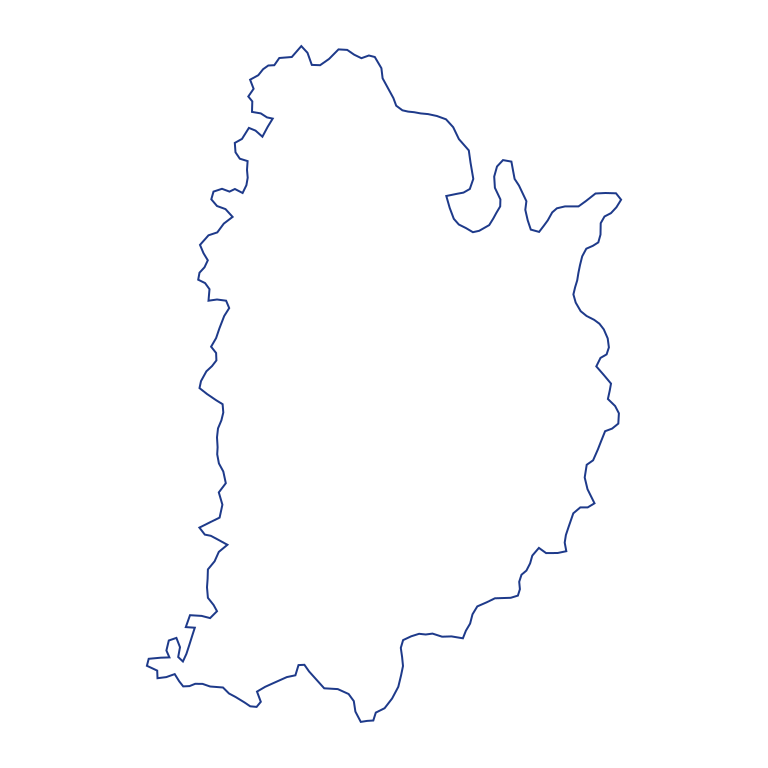 Conchas, São Paulo, Brazil (Natural Earth projection)
{"feature_id": "56859067B88787741870542", "entity_name": "Conchas", "entity_type": "district", "adm_level": 2, "iso_a3": "BRA", "parent_name": "Brazil", "parent_adm1": "São Paulo", "projection": "natural_earth1", "projection_center": [-48.053, -22.963], "detail": "fine", "context": "isolated", "style": "outline", "palette": "blue", "viewbox_px": 768, "rotation_deg": 0, "n_neighbors": 0, "source": "geoboundaries", "source_scale": "gbopen_adm2", "svg_char_len": 3596}
<svg xmlns="http://www.w3.org/2000/svg" viewBox="0 0 768 768"><path d="M207.0,394.0L216.1,400.2L222.6,404.2L223.3,412.5L221.4,420.3L218.0,428.4L217.0,437.4L217.6,447.2L217.2,454.3L218.9,463.4L223.3,471.5L225.8,483.2L218.8,492.4L222.4,504.7L219.6,517.6L210.8,521.9L199.4,527.6L204.8,534.6L210.8,535.8L217.4,539.3L227.4,544.8L218.8,551.9L214.6,561.3L207.9,569.4L207.6,578.9L207.0,587.3L207.9,597.8L213.6,605.0L217.0,611.2L210.1,618.1L201.6,615.9L190.0,615.2L185.8,627.1L194.8,627.7L192.6,634.5L189.2,645.3L186.4,653.9L182.9,661.5L178.2,657.0L180.0,647.2L176.4,637.9L168.8,640.5L166.4,650.5L169.4,657.4L160.7,657.7L148.7,658.8L146.9,665.8L157.2,670.6L157.5,678.2L166.3,677.1L174.7,674.1L179.2,681.3L183.2,686.4L189.5,686.1L195.2,683.8L202.6,683.9L210.1,686.5L223.0,687.5L229.0,693.5L235.6,697.0L244.6,702.5L250.2,706.3L256.6,706.9L260.8,701.8L257.0,691.6L265.2,686.8L273.6,683.0L281.0,679.7L286.8,677.1L295.4,675.3L298.5,665.1L304.4,664.8L309.1,671.5L316.2,679.4L324.2,688.3L337.8,689.1L348.6,694.0L353.8,701.1L355.4,711.6L360.8,721.9L367.1,720.9L373.3,720.5L375.8,712.6L384.6,708.2L392.1,698.5L398.3,686.8L401.1,675.2L403.0,666.0L402.1,657.0L400.8,647.9L403.1,640.1L411.2,636.3L419.1,633.8L425.7,634.5L432.5,633.6L442.1,636.7L451.5,636.4L462.9,638.3L465.9,630.7L470.1,623.6L472.5,614.3L477.3,606.4L486.7,602.3L494.9,598.3L510.7,597.8L517.9,595.6L519.9,589.2L519.2,581.8L521.5,574.7L526.4,570.6L530.1,563.4L532.3,555.6L538.9,547.9L546.1,553.1L557.7,553.0L566.3,551.2L564.7,542.6L565.9,535.0L568.5,527.2L573.3,513.3L580.3,507.4L587.7,507.4L594.5,503.3L587.5,489.2L584.7,477.5L586.7,464.8L593.1,460.3L597.9,449.4L600.9,441.7L605.1,431.2L612.1,428.6L618.3,423.6L618.9,413.3L615.1,406.0L607.9,399.0L609.7,390.8L611.0,383.6L603.9,375.1L596.3,366.4L600.5,357.9L606.6,354.4L608.9,347.4L607.7,338.4L603.8,329.4L599.5,323.8L594.1,319.8L586.6,316.0L580.7,311.2L575.7,302.6L573.4,294.4L575.1,287.3L577.2,280.4L578.4,273.0L580.0,265.1L582.2,256.3L586.3,248.7L592.9,245.8L598.3,242.4L600.5,234.6L600.7,223.2L604.5,216.5L611.0,213.1L616.4,207.3L621.1,199.7L616.0,193.3L605.4,193.0L595.5,193.5L586.1,200.9L578.5,206.4L571.6,206.4L565.0,206.4L556.9,208.3L552.2,212.4L547.8,220.3L544.0,225.5L539.1,231.9L530.8,229.6L527.7,220.3L525.3,209.8L526.4,201.2L519.0,185.6L514.6,178.9L513.1,170.9L511.4,161.6L503.0,160.1L497.0,166.5L494.2,176.6L494.9,187.8L500.4,199.4L500.2,206.4L496.4,212.8L493.3,218.5L489.2,225.1L479.2,230.8L472.9,232.2L466.0,228.1L458.8,224.5L453.8,218.8L449.7,207.9L446.3,196.0L457.0,193.8L463.5,192.6L469.8,189.0L473.3,178.9L470.5,162.5L468.8,150.4L458.9,139.1L453.2,127.2L446.0,119.3L436.9,116.0L428.1,114.1L420.6,113.4L414.1,112.2L408.1,111.6L402.4,110.3L396.2,105.7L393.4,98.1L382.6,78.3L381.4,68.2L374.8,57.0L368.9,55.5L361.4,58.2L354.2,54.7L347.2,49.9L338.5,49.4L329.1,58.9L320.1,65.2L311.8,64.9L307.5,52.8L301.3,46.1L291.8,57.0L279.3,58.0L274.3,65.2L268.3,65.5L263.1,69.2L258.3,75.2L250.1,79.7L253.6,88.8L248.3,96.5L252.3,101.4L252.0,111.9L260.8,113.4L267.0,117.4L272.7,118.6L267.7,126.8L262.4,136.7L255.5,130.6L248.9,127.9L242.0,138.9L234.8,142.9L235.5,152.3L239.8,158.7L247.6,161.1L247.0,169.9L247.7,177.7L246.4,185.2L242.6,193.0L234.9,189.0L229.5,191.6L222.0,188.8L213.5,191.6L211.3,199.3L217.0,206.0L225.5,209.1L232.6,216.9L223.8,223.6L217.3,232.4L208.5,235.3L200.0,244.9L203.5,253.2L207.8,260.3L204.5,267.3L199.5,272.7L198.2,279.7L205.1,283.1L209.5,289.2L208.5,300.7L217.0,299.5L226.1,300.7L229.2,308.1L224.2,316.0L219.4,328.4L216.1,338.1L211.1,346.7L216.1,353.0L216.4,360.4L212.0,366.1L206.4,371.3L201.0,381.1L199.5,388.1L207.0,394.0Z" fill="none" stroke="#1e3a8a" stroke-width="2"/></svg>